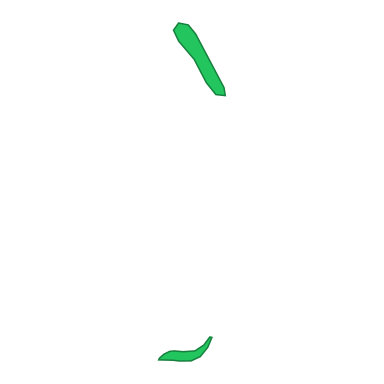 an SVG outline of Berry Islands
{"feature_id": "BHS-5018", "entity_name": "Berry Islands", "entity_type": "District", "adm_level": 1, "iso_a3": "BHS", "parent_name": "The Bahamas", "parent_adm1": "", "projection": "robinson", "projection_center": [-77.863, 25.599], "detail": "fine", "context": "isolated", "style": "filled", "palette": "green", "viewbox_px": 384, "rotation_deg": 0, "n_neighbors": 0, "source": "natural_earth", "source_scale": "10m", "svg_char_len": 446}
<svg xmlns="http://www.w3.org/2000/svg" viewBox="0 0 384 384"><path d="M225.3,95.6L215.9,94.6L206.4,82.8L194.2,59.4L178.7,41.2L173.5,30.2L178.6,23.0L188.2,24.9L195.6,33.9L224.0,87.6L225.3,95.6ZM191.1,360.9L179.4,361.0L172.7,360.2L158.7,359.9L159.4,358.2L163.9,354.2L169.6,351.4L174.3,350.9L183.0,351.7L194.9,350.9L203.9,345.0L209.8,337.0L211.9,337.4L207.8,347.3L200.3,356.6L191.1,360.9Z" fill="#22c55e" stroke="#15803d" stroke-width="1.5"/></svg>